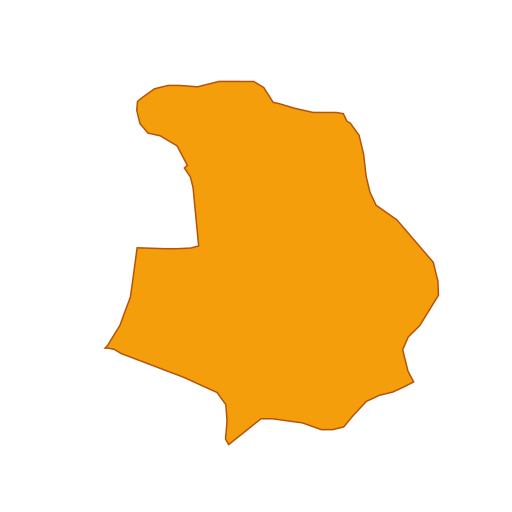 Al-Qanayat, Ash Sharqiyah, Egypt (Albers equal-area conic projection), rotated 255°
{"feature_id": "37247803B43840027244949", "entity_name": "Al-Qanayat", "entity_type": "district", "adm_level": 2, "iso_a3": "EGY", "parent_name": "Egypt", "parent_adm1": "Ash Sharqiyah", "projection": "albers", "projection_center": [31.473, 30.634], "detail": "fine", "context": "isolated", "style": "filled", "palette": "amber", "viewbox_px": 512, "rotation_deg": 255, "n_neighbors": 0, "source": "geoboundaries", "source_scale": "gbopen_adm2", "svg_char_len": 1172}
<svg xmlns="http://www.w3.org/2000/svg" viewBox="0 0 512 512"><g transform="rotate(255 256 256)"><path d="M283.7,180.8L286.7,169.7L294.7,143.3L262.6,129.9L248.8,124.0L232.5,112.4L224.3,106.7L216.2,98.1L208.0,89.5L206.1,86.4L205.3,89.4L202.4,95.0L196.7,100.5L156.9,155.6L145.5,169.3L134.2,183.1L120.2,188.4L103.7,185.2L87.2,179.2L80.9,180.8L97.5,218.7L94.5,229.8L82.8,257.6L71.4,274.1L68.4,285.3L68.2,296.5L76.3,307.9L87.0,324.9L89.5,339.0L89.2,353.0L91.7,367.1L93.6,375.7L105.4,373.0L122.0,373.3L127.6,373.5L138.4,382.1L146.5,396.3L170.9,422.1L184.6,425.2L204.0,425.6L211.5,422.0L254.3,401.5L274.0,385.1L287.9,382.6L304.5,383.0L326.6,386.3L345.9,386.8L359.9,381.5L362.7,378.7L370.9,377.2L373.9,370.6L376.9,359.4L379.9,348.3L388.6,331.7L397.1,317.9L400.0,312.3L416.7,307.1L422.4,301.6L425.2,298.9L428.2,287.7L429.7,282.2L434.2,265.5L434.3,259.9L434.6,243.0L435.8,239.7L437.6,234.7L440.5,226.4L443.5,215.2L443.8,201.2L438.5,187.1L435.9,181.5L427.6,178.5L413.8,178.2L402.6,183.5L396.9,194.6L391.2,200.1L382.8,208.3L371.6,210.8L361.4,213.2L359.5,209.6L349.4,213.1L338.4,212.9L280.5,203.2L280.6,194.8L283.7,180.8Z" fill="#f59e0b" stroke="#b45309" stroke-width="1.5"/></g></svg>